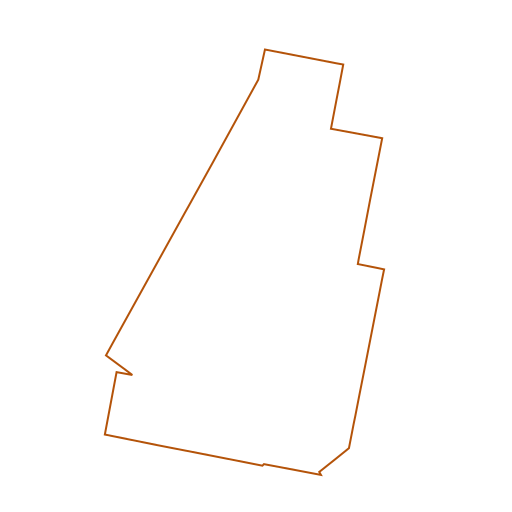 outline of Presidencia de la Plaza, Chaco, Argentina, rotated 11°
{"feature_id": "61730980B93024153750101", "entity_name": "Presidencia de la Plaza", "entity_type": "district", "adm_level": 2, "iso_a3": "ARG", "parent_name": "Argentina", "parent_adm1": "Chaco", "projection": "equal_earth", "projection_center": [-59.746, -27.001], "detail": "fine", "context": "isolated", "style": "outline", "palette": "amber", "viewbox_px": 512, "rotation_deg": 11, "n_neighbors": 0, "source": "geoboundaries", "source_scale": "gbopen_adm2", "svg_char_len": 777}
<svg xmlns="http://www.w3.org/2000/svg" viewBox="0 0 512 512"><g transform="rotate(11 256 256)"><path d="M361.5,458.5L359.3,455.9L373.4,439.4L383.9,426.9L383.9,401.5L384.0,394.2L384.0,373.4L384.1,343.1L384.2,265.6L384.2,255.3L384.3,244.7L378.5,244.6L357.5,244.5L357.4,240.3L357.4,210.8L357.3,180.0L357.3,179.8L357.3,179.7L357.4,116.3L305.3,116.8L305.2,84.4L305.2,83.7L305.2,83.4L305.2,81.1L305.2,70.6L305.1,51.4L304.2,51.4L298.3,51.5L225.7,51.6L225.4,51.6L224.6,82.5L222.4,89.3L197.8,166.0L195.9,172.0L180.2,220.3L178.2,226.3L132.3,367.8L127.7,382.2L140.1,388.1L152.6,394.1L157.3,396.4L141.3,396.6L141.5,428.6L141.7,460.1L168.4,460.3L195.0,460.5L213.1,460.5L248.9,460.5L302.3,460.6L303.5,458.8L335.0,458.6L361.5,458.5Z" fill="none" stroke="#b45309" stroke-width="2"/></g></svg>